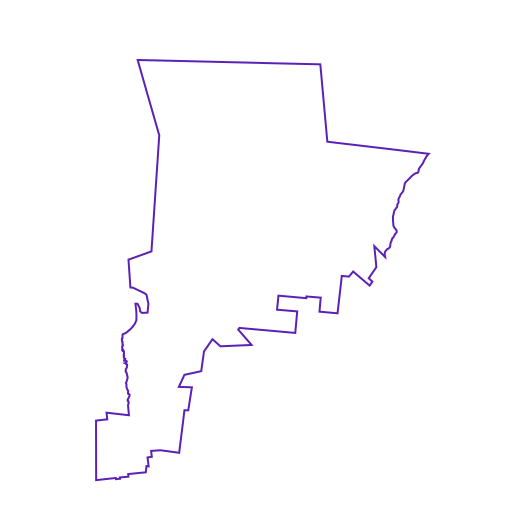 outline of Ojo de agua, Santiago del Estero, Argentina, rotated 84°
{"feature_id": "61730980B49758081905530", "entity_name": "Ojo de agua", "entity_type": "district", "adm_level": 2, "iso_a3": "ARG", "parent_name": "Argentina", "parent_adm1": "Santiago del Estero", "projection": "mercator", "projection_center": [-63.775, -29.267], "detail": "fine", "context": "isolated", "style": "outline", "palette": "violet", "viewbox_px": 512, "rotation_deg": 84, "n_neighbors": 0, "source": "geoboundaries", "source_scale": "gbopen_adm2", "svg_char_len": 5300}
<svg xmlns="http://www.w3.org/2000/svg" viewBox="0 0 512 512"><g transform="rotate(84 256 256)"><path d="M48.7,353.2L78.3,348.0L79.8,347.8L88.5,346.2L125.9,339.6L240.5,359.5L246.3,383.2L274.2,384.2L274.7,381.6L281.1,371.2L282.9,369.0L292.4,368.0L301.0,369.8L300.7,375.2L300.0,376.2L298.7,377.0L295.7,377.1L291.4,378.7L290.9,379.5L290.9,380.9L298.0,380.8L302.6,381.1L307.4,381.7L310.5,383.4L313.3,385.9L314.7,387.4L315.8,388.7L316.4,389.7L317.1,390.7L318.2,392.3L318.9,393.5L319.2,394.3L319.6,395.1L319.5,396.0L320.0,396.9L323.7,397.4L323.8,397.7L324.1,397.8L324.2,398.0L324.7,398.0L325.0,398.0L325.4,398.1L325.8,398.2L326.4,398.2L326.6,398.1L326.8,397.9L327.1,397.7L327.6,397.9L327.9,397.9L328.3,397.8L328.6,397.7L328.8,397.9L329.0,398.0L329.4,398.1L329.5,398.1L329.8,398.0L330.0,398.0L330.3,397.8L330.6,397.6L330.8,397.6L331.0,398.0L331.3,398.1L331.5,398.1L331.8,398.2L332.0,398.3L332.1,398.5L332.3,398.5L332.6,398.7L332.9,398.6L333.3,398.5L333.6,398.5L333.9,398.5L334.3,398.7L334.7,398.8L334.8,398.8L335.2,398.9L335.5,399.0L335.8,398.9L336.0,398.8L336.4,398.6L336.4,398.3L336.3,398.1L336.2,398.1L336.1,397.9L336.3,397.9L336.6,398.0L336.8,397.9L336.8,397.7L337.0,397.3L337.5,397.3L337.8,397.4L338.2,397.5L338.4,397.4L338.7,397.4L338.8,397.4L339.2,397.5L339.5,397.5L339.9,397.6L340.0,397.8L340.4,397.9L340.9,397.9L341.1,397.7L341.3,397.9L341.5,398.0L341.8,398.0L342.1,397.8L342.3,397.9L342.8,398.1L343.5,398.0L343.8,397.7L344.5,397.5L344.7,396.9L344.7,396.7L344.8,396.7L344.9,396.8L345.0,397.1L345.2,397.4L345.3,397.5L345.5,397.9L345.7,398.0L345.9,398.2L346.1,398.2L346.4,398.1L346.5,397.8L346.5,397.7L346.4,397.4L346.4,397.2L346.5,396.9L346.7,396.6L346.9,396.4L347.0,396.0L347.0,395.8L347.1,395.6L347.5,395.6L347.6,395.9L347.9,395.9L348.4,396.1L348.6,396.4L348.8,396.8L348.9,397.5L349.2,397.1L349.5,396.9L349.9,396.3L350.2,395.8L350.8,395.5L351.4,395.6L352.3,396.0L353.2,396.0L354.3,396.7L354.8,397.1L355.0,397.4L355.4,397.5L355.7,397.5L356.8,397.4L357.1,397.7L357.6,397.5L358.3,397.3L358.5,397.0L359.3,396.8L360.0,396.6L361.1,396.6L361.3,396.5L361.7,396.7L362.0,396.7L362.4,396.5L362.8,396.4L363.5,396.3L364.2,396.6L364.8,396.8L365.4,397.0L366.1,397.4L366.8,397.6L367.4,397.8L368.1,398.3L368.7,398.7L369.1,398.6L369.7,398.3L370.7,398.3L371.7,398.5L372.3,398.4L373.3,398.5L374.5,398.2L375.2,397.9L376.1,397.7L376.5,397.3L376.8,397.3L377.3,397.3L377.5,397.3L377.9,397.4L378.2,397.5L378.6,397.6L379.3,397.6L379.8,397.5L379.9,397.4L380.0,397.1L380.1,396.9L380.2,396.5L380.4,396.3L380.7,396.2L381.6,396.3L382.1,396.5L382.6,396.8L383.0,397.2L383.3,397.3L383.5,397.3L384.1,397.6L384.4,397.8L384.5,397.9L384.8,398.1L384.9,398.3L385.1,398.4L385.2,398.5L385.6,398.7L386.0,398.7L386.5,398.7L386.8,398.7L387.0,398.5L387.0,398.2L387.2,397.9L387.4,397.9L387.6,398.0L387.8,398.1L388.3,398.0L388.6,398.1L388.8,398.2L389.1,398.1L389.4,398.1L389.5,398.2L389.7,398.3L390.0,398.4L390.3,398.5L390.5,398.6L391.1,398.9L401.1,399.0L396.2,421.0L402.9,421.0L403.0,432.3L462.2,438.4L462.1,418.7L463.3,418.6L463.3,414.5L462.0,414.5L462.1,405.9L459.5,405.9L459.6,388.2L453.5,386.9L454.0,384.8L445.0,384.9L444.8,380.6L438.9,380.7L439.2,371.4L440.9,364.3L443.7,353.0L415.5,346.4L401.9,343.3L402.4,339.5L379.9,333.5L378.1,346.4L366.7,339.6L364.8,322.5L345.5,317.7L334.2,308.0L342.1,300.8L344.0,269.7L327.3,281.4L325.8,280.0L336.6,225.0L315.4,220.8L311.6,240.7L297.8,237.8L303.2,210.4L301.5,210.1L304.2,196.0L318.0,198.7L321.5,180.9L288.7,173.6L284.8,172.8L286.2,165.7L281.6,161.0L297.3,146.1L293.7,142.9L289.9,146.2L279.7,137.5L278.0,137.5L274.6,137.4L258.6,137.3L270.6,127.6L270.1,127.6L269.0,127.8L268.4,127.9L267.1,127.8L266.1,127.5L265.0,127.0L264.1,126.1L262.9,124.8L262.6,123.7L261.9,122.8L261.4,122.1L260.7,121.7L259.5,121.3L258.5,121.2L257.7,120.9L256.6,120.6L256.1,120.3L255.3,119.7L254.3,119.3L253.4,119.0L252.7,118.6L252.6,118.3L252.0,117.7L251.6,117.2L251.1,116.9L250.4,116.5L249.6,115.9L249.0,115.6L248.6,115.2L248.2,114.7L247.4,114.0L247.0,113.6L246.2,113.5L245.5,113.5L244.7,113.8L244.2,114.1L243.6,114.6L242.7,115.1L242.2,115.4L241.3,115.8L240.6,116.0L240.0,116.2L239.6,116.2L239.0,116.1L237.8,116.1L236.7,116.0L236.1,116.1L235.2,116.1L234.4,116.0L232.8,115.8L231.5,115.8L230.2,115.4L229.3,114.9L228.1,114.7L227.3,114.3L226.2,114.0L225.4,113.7L224.8,113.2L224.3,112.6L223.9,112.3L223.1,111.8L222.7,111.3L222.5,110.9L221.9,110.6L221.3,110.4L220.7,110.2L220.2,110.1L219.9,110.1L219.2,109.9L218.7,109.4L217.8,108.7L217.0,108.5L216.3,108.5L215.7,108.5L215.1,108.6L214.5,108.3L213.7,108.0L213.0,107.7L212.5,107.1L211.7,106.8L211.1,106.4L209.9,105.8L209.2,105.1L208.4,104.2L207.7,103.5L207.0,102.9L205.8,102.5L204.7,102.0L203.4,101.7L202.6,101.5L201.9,101.1L200.7,100.8L199.6,100.5L198.8,100.0L198.3,99.6L197.8,99.0L197.3,98.3L196.7,97.5L196.2,96.9L195.7,96.4L195.2,95.6L194.8,95.1L194.2,94.4L193.5,93.6L192.4,92.4L191.9,91.4L191.2,90.3L190.7,89.3L190.4,88.6L190.2,87.9L190.2,87.3L190.2,86.6L189.8,86.0L189.0,85.6L188.4,85.5L187.7,85.2L187.0,85.1L186.2,84.8L185.6,84.2L184.4,83.2L183.5,82.4L182.5,81.5L181.6,80.6L180.7,80.1L179.9,79.5L178.6,78.8L177.1,77.7L176.0,76.9L175.0,76.3L174.2,75.4L173.5,74.8L172.7,74.0L172.4,73.6L169.2,87.5L166.0,101.5L161.0,123.5L158.5,134.6L156.0,145.6L153.7,155.9L149.8,173.1L72.1,172.0L65.6,222.7L63.5,238.6L50.5,339.1L48.7,353.2Z" fill="none" stroke="#5b21b6" stroke-width="2"/></g></svg>